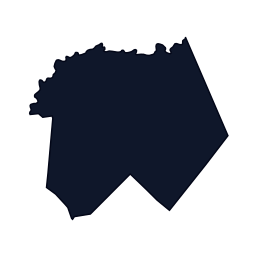 Sullivan, New York, United States of America (Mercator projection), rotated 98°
{"feature_id": "52423323B4442832355941", "entity_name": "Sullivan", "entity_type": "district", "adm_level": 2, "iso_a3": "USA", "parent_name": "United States of America", "parent_adm1": "New York", "projection": "mercator", "projection_center": [-74.957, 41.719], "detail": "fine", "context": "isolated", "style": "filled", "palette": "ink", "viewbox_px": 256, "rotation_deg": 98, "n_neighbors": 0, "source": "geoboundaries", "source_scale": "gbopen_adm2", "svg_char_len": 2565}
<svg xmlns="http://www.w3.org/2000/svg" viewBox="0 0 256 256"><g transform="rotate(98 128 128)"><path d="M121.7,28.0L67.3,61.1L29.9,83.9L30.5,83.6L31.4,83.5L33.8,85.8L34.5,85.9L36.8,85.6L37.6,86.0L37.9,86.3L38.2,87.3L38.2,88.8L37.8,90.8L37.7,91.8L37.8,92.4L38.2,93.3L41.5,94.8L43.2,96.5L44.2,97.1L45.1,97.1L46.6,96.0L47.0,95.9L48.0,95.9L48.5,96.4L48.6,97.0L48.5,98.2L48.0,100.3L47.3,101.5L47.0,101.8L46.2,102.2L44.5,101.8L43.3,102.2L41.2,105.1L41.0,105.5L40.7,107.0L40.5,108.1L40.4,109.7L40.5,110.2L40.7,110.7L41.3,111.4L42.7,111.6L43.3,111.6L46.7,110.7L47.6,110.6L48.0,110.9L48.4,111.5L49.4,112.0L50.3,112.2L51.4,112.9L53.2,117.0L53.4,119.6L52.9,122.8L53.2,125.5L54.2,129.6L54.1,130.2L53.9,130.6L53.5,130.8L51.3,130.3L49.9,130.4L49.4,131.2L49.4,131.9L49.8,132.8L51.6,134.7L52.4,136.1L53.4,138.5L53.8,140.5L53.8,141.4L53.4,141.9L51.9,143.2L51.7,143.9L52.0,144.8L52.3,145.1L53.1,145.3L54.1,147.2L54.4,149.3L54.3,154.2L54.4,156.9L54.5,157.5L55.7,160.3L55.5,162.2L55.2,162.8L54.8,162.9L54.5,162.8L53.6,162.1L53.1,161.9L51.6,162.3L51.2,162.7L51.2,163.0L51.6,164.1L51.6,164.6L50.9,165.0L49.6,164.8L48.7,165.0L47.9,165.5L47.9,166.3L49.1,167.6L49.8,168.4L50.7,170.0L51.6,171.3L53.4,172.3L54.9,173.8L55.6,176.6L56.5,178.4L57.4,179.3L58.3,179.9L59.3,180.1L59.8,180.4L62.0,184.4L62.5,186.1L62.6,186.9L62.2,187.4L60.9,187.8L60.4,188.4L60.4,190.0L60.6,190.3L60.9,190.6L62.5,191.0L62.9,191.2L64.2,192.2L65.7,193.7L66.3,194.8L66.4,195.3L66.4,195.8L66.0,196.9L65.7,198.0L65.7,198.6L65.8,199.0L66.7,199.3L68.2,198.8L69.7,198.8L70.2,199.1L70.6,199.5L71.1,201.4L71.1,202.2L71.0,202.9L70.3,205.4L70.2,206.5L70.4,207.2L70.8,208.1L71.2,208.4L74.2,209.3L77.1,209.6L77.6,209.5L79.7,208.2L80.3,207.4L81.2,207.2L83.5,207.7L85.0,209.0L85.7,209.4L87.4,209.4L88.6,209.9L89.4,211.0L89.7,212.4L89.7,213.6L90.0,214.7L90.7,215.2L93.0,215.7L93.7,216.1L94.1,216.7L94.5,217.6L94.5,218.1L93.0,219.8L92.6,221.1L92.7,221.8L93.3,222.2L94.6,222.4L97.6,221.7L100.6,220.5L102.1,220.3L103.2,220.8L104.6,221.8L105.4,222.6L107.6,224.6L108.1,224.9L109.1,225.0L109.6,224.9L110.3,224.6L111.1,222.9L112.3,221.7L113.8,220.8L114.9,220.9L115.4,221.1L116.5,222.5L116.7,223.1L116.8,224.3L116.9,224.7L118.0,227.2L118.4,227.6L119.2,228.0L120.7,227.7L122.3,226.8L123.5,226.4L124.2,226.4L125.9,227.3L127.2,227.4L128.2,226.8L126.2,218.6L129.2,213.9L126.6,204.9L128.8,203.8L184.6,200.9L198.2,200.4L203.5,190.5L212.3,179.7L215.1,176.5L225.4,171.2L226.1,170.2L223.2,168.8L218.4,153.3L173.2,119.4L185.7,102.1L195.4,89.1L203.7,75.5L153.2,45.8L148.4,43.1L121.7,28.0Z" fill="#0f172a" stroke="#020617" stroke-width="1.5"/></g></svg>